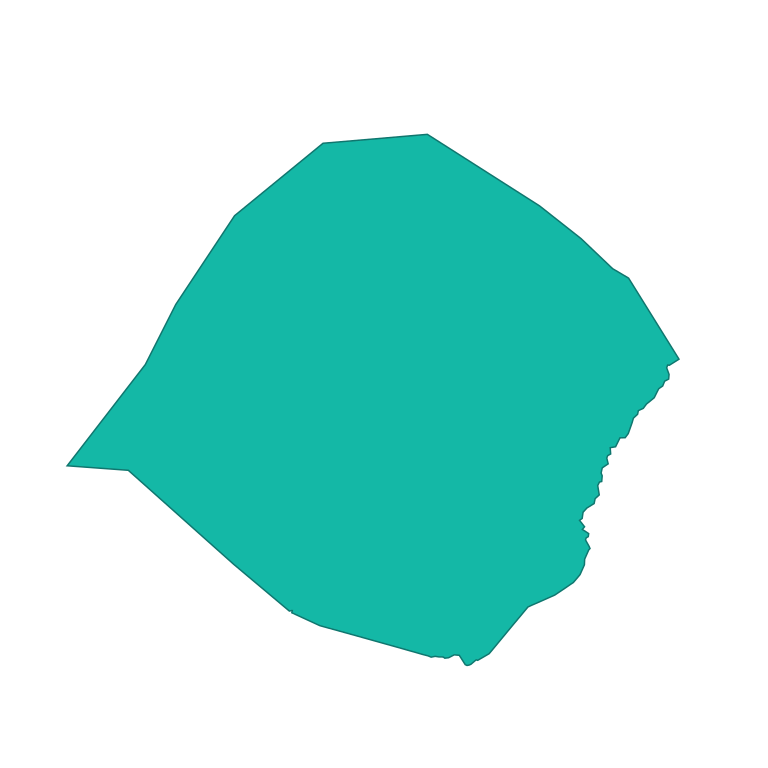 outline of San Mateo Tlapiltepec, Oaxaca, Mexico, rotated 201°
{"feature_id": "50627088B46903658008737", "entity_name": "San Mateo Tlapiltepec", "entity_type": "district", "adm_level": 2, "iso_a3": "MEX", "parent_name": "Mexico", "parent_adm1": "Oaxaca", "projection": "albers", "projection_center": [-97.446, 17.804], "detail": "fine", "context": "isolated", "style": "filled", "palette": "teal", "viewbox_px": 768, "rotation_deg": 201, "n_neighbors": 0, "source": "geoboundaries", "source_scale": "gbopen_adm2", "svg_char_len": 1659}
<svg xmlns="http://www.w3.org/2000/svg" viewBox="0 0 768 768"><g transform="rotate(201 384 384)"><path d="M433.0,632.6L527.2,586.9L583.8,487.6L606.9,383.7L613.8,316.6L650.5,194.1L591.8,211.8L459.7,161.8L391.0,138.1L389.2,139.3L388.7,139.5L388.4,139.6L388.2,138.5L388.1,137.4L357.3,135.4L305.2,140.4L301.9,140.7L297.7,141.1L291.2,141.7L278.5,142.9L262.9,144.3L259.9,144.6L255.2,145.0L250.6,145.4L245.4,146.0L242.1,145.9L238.6,148.1L234.9,148.9L232.0,150.0L230.6,150.3L229.0,149.8L225.6,151.6L224.5,152.8L221.4,156.3L216.5,157.7L212.0,154.4L207.6,151.1L205.6,151.0L203.7,152.2L202.4,153.5L199.4,159.0L199.2,159.2L199.0,159.5L197.5,159.6L193.6,164.4L189.2,169.9L187.7,174.2L178.7,201.0L176.4,207.8L175.5,210.3L175.0,211.8L174.9,212.2L173.6,215.9L171.5,222.1L170.5,225.0L169.7,227.4L166.8,230.4L159.2,237.9L153.8,243.3L148.8,248.3L148.4,248.9L140.9,259.6L137.9,264.0L136.1,266.5L133.9,272.7L132.7,276.2L132.6,277.5L132.1,287.0L133.9,292.4L133.4,302.5L132.7,304.2L134.2,305.8L138.4,309.3L140.0,310.7L140.1,312.8L138.6,314.7L139.3,317.7L141.5,318.2L146.7,319.3L145.6,322.6L152.6,326.8L150.8,329.5L152.2,335.6L150.1,341.0L145.0,347.7L145.8,352.6L143.3,357.6L148.1,365.8L147.7,369.7L145.8,371.0L147.4,376.5L149.4,378.7L150.2,383.9L146.1,389.8L149.5,394.7L149.5,397.3L147.3,399.9L150.0,405.6L145.3,408.4L144.4,418.3L139.6,420.3L138.2,425.2L138.5,436.6L138.9,441.5L136.4,446.6L137.0,450.3L133.2,454.2L131.8,459.3L126.8,468.0L126.2,474.5L125.8,478.1L123.1,482.0L123.0,487.2L120.0,490.6L121.3,495.1L125.9,500.4L126.0,503.3L124.3,503.8L117.5,512.9L193.6,570.5L211.9,573.6L252.0,590.3L302.5,606.0L433.0,632.6Z" fill="#14b8a6" stroke="#0f766e" stroke-width="1.5"/></g></svg>